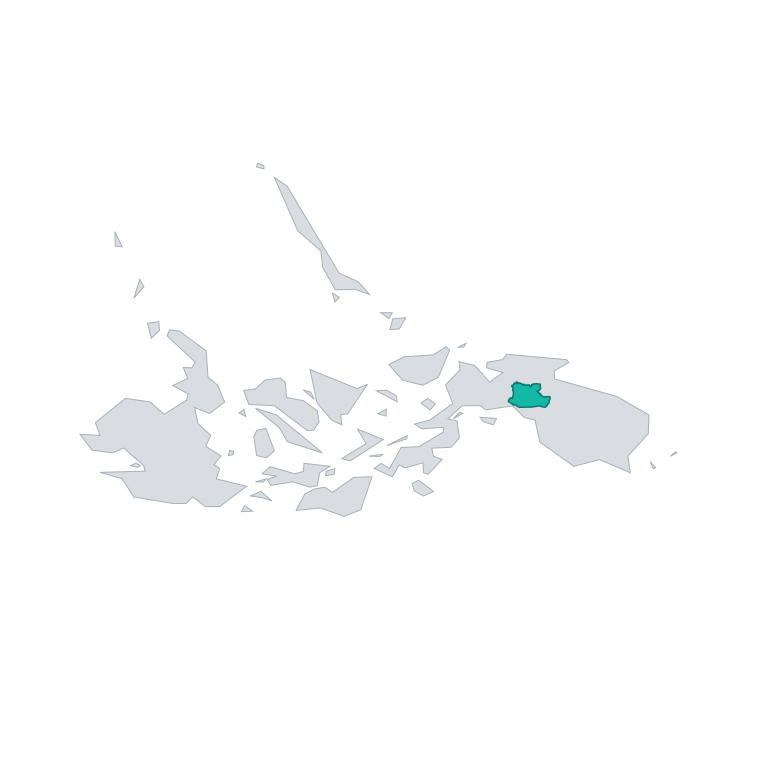 Nueva Ecija, Nueva Ecija, Philippines (highlighted), rotated 106°
{"feature_id": "2640588B46982966730152", "entity_name": "Nueva Ecija", "entity_type": "district", "adm_level": 2, "iso_a3": "PHL", "parent_name": "Philippines", "parent_adm1": "Nueva Ecija", "projection": "robinson", "projection_center": [120.823, 15.657], "detail": "fine", "context": "in_parent", "style": "filled", "palette": "teal", "viewbox_px": 768, "rotation_deg": 106, "n_neighbors": 0, "source": "geoboundaries", "source_scale": "gbopen_adm2", "svg_char_len": 7776}
<svg xmlns="http://www.w3.org/2000/svg" viewBox="0 0 768 768"><g transform="rotate(106 384 384)"><path d="M358.9,116.3L386.1,129.7L401.4,122.8L397.3,156.2L410.8,178.8L396.8,218.3L377.1,228.8L377.5,239.9L369.6,254.4L380.8,279.0L378.3,285.5L383.4,302.9L399.8,312.9L399.3,303.7L415.0,296.6L426.3,302.0L432.5,320.4L439.7,316.8L440.5,307.3L458.7,316.8L458.4,321.6L449.0,324.8L458.9,340.6L457.7,347.2L470.8,350.4L467.8,370.0L461.1,364.9L463.7,355.4L440.2,350.0L434.8,333.3L413.9,313.8L409.2,314.7L416.6,335.3L414.1,343.7L405.9,330.0L383.8,312.5L367.9,324.6L349.4,314.8L341.9,318.1L341.2,302.0L353.1,282.9L340.0,272.9L340.2,289.7L334.7,290.9L327.8,276.6L321.6,274.2L310.3,215.3L312.4,212.3L324.5,224.0L332.1,221.4L331.8,157.3L340.6,120.8L358.9,116.3ZM520.3,488.0L547.0,508.1L551.1,521.7L545.1,536.7L553.4,541.4L556.9,553.2L561.6,593.2L547.2,609.8L547.2,632.6L533.6,589.6L528.6,592.6L517.3,616.6L525.0,626.0L528.0,646.5L516.1,662.4L511.8,642.7L500.6,650.8L469.1,628.6L465.7,603.9L473.8,587.0L453.8,569.3L447.4,569.7L443.7,586.5L432.8,574.2L423.4,581.4L421.5,573.3L415.0,571.6L397.5,605.7L391.0,605.0L389.5,595.2L401.2,564.0L425.9,555.1L431.0,543.5L445.2,532.2L460.5,543.5L458.7,559.6L473.4,552.0L481.0,536.5L493.1,538.0L498.1,520.9L508.2,525.2L510.7,518.6L521.4,519.1L520.3,488.0ZM440.9,508.3L428.9,517.2L424.2,506.3L413.0,499.4L406.9,485.2L409.6,479.4L423.7,474.1L422.3,456.6L428.4,440.6L438.5,436.0L447.8,439.0L449.9,445.0L435.1,483.4L440.9,508.3ZM511.3,371.7L522.2,385.8L520.7,410.9L529.8,433.7L511.3,429.7L503.9,421.5L499.5,412.4L502.4,403.7L482.1,387.4L476.5,369.9L511.3,371.7ZM389.0,399.9L423.0,410.8L425.1,417.3L434.8,413.3L433.4,423.8L420.5,443.2L390.5,459.1L395.9,408.8L389.0,399.9ZM260.6,509.0L215.7,546.3L220.5,531.7L289.8,457.7L292.8,436.9L302.0,422.6L301.0,437.8L306.9,456.8L288.6,475.2L273.5,481.3L260.6,509.0ZM333.3,330.2L362.7,333.7L374.5,346.4L375.2,367.1L364.0,384.7L352.4,372.4L342.5,344.8L331.0,334.6L333.3,330.2ZM487.0,421.4L500.1,420.1L503.6,426.9L503.2,444.8L512.7,464.8L508.1,469.8L502.3,462.3L503.8,476.4L494.8,470.7L494.9,445.0L490.3,437.4L482.3,439.0L478.0,413.3L487.0,421.4ZM442.8,500.8L443.3,479.1L467.2,424.3L466.1,461.0L454.9,472.4L442.8,500.8ZM487.9,486.7L470.5,494.6L463.6,493.5L459.2,485.4L478.3,471.0L487.3,476.6L487.9,486.7ZM437.6,369.4L467.2,395.2L467.4,404.2L446.3,384.7L434.7,397.0L437.6,369.4ZM478.5,325.4L472.0,329.6L466.9,324.1L473.7,306.7L480.8,315.3L478.5,325.4ZM404.2,620.3L390.8,628.1L386.1,617.7L394.4,614.5L404.2,620.3ZM314.3,381.3L326.9,384.6L330.1,393.3L318.9,393.5L314.3,381.3ZM388.9,329.2L396.2,332.4L392.2,343.3L385.8,338.1L388.9,329.2ZM356.7,641.5L370.5,648.1L350.7,647.6L356.7,641.5ZM528.3,481.3L521.1,472.8L527.4,459.3L526.7,467.5L528.3,481.3ZM397.4,366.5L392.6,389.4L389.3,379.9L392.1,368.7L397.4,366.5ZM324.4,673.6L325.4,680.5L311.7,684.6L324.4,673.6ZM393.2,267.8L392.8,278.1L389.5,282.4L386.1,266.4L393.2,267.8ZM418.0,446.7L412.0,459.9L412.0,452.3L418.0,446.7ZM319.8,397.3L316.4,406.8L313.3,395.8L319.8,397.3ZM488.2,415.1L483.6,415.4L479.0,407.9L484.6,407.0L488.2,415.1ZM414.3,373.2L414.3,381.9L407.6,374.7L414.3,373.2ZM546.1,486.1L539.5,484.5L542.5,475.3L546.1,486.1ZM430.4,347.1L442.4,364.4L427.2,347.4L430.4,347.1ZM318.7,453.8L310.8,458.6L313.0,450.9L318.7,453.8ZM453.3,508.0L451.8,515.4L447.3,511.6L453.3,508.0ZM454.9,368.2L457.5,378.5L451.7,365.5L454.9,368.2ZM210.5,566.6L206.4,566.1L207.3,559.5L210.4,558.8L210.5,566.6ZM495.8,513.7L490.6,514.2L490.1,510.2L493.2,509.5L495.8,513.7ZM532.2,605.2L528.4,600.5L529.6,595.8L532.1,598.1L532.2,605.2ZM326.3,317.4L328.6,323.2L322.3,316.5L326.3,317.4ZM511.4,472.9L513.5,480.6L507.7,471.2L511.4,472.9ZM391.2,102.0L385.3,106.7L389.6,99.7L391.2,102.0ZM398.4,307.9L390.4,303.4L390.5,300.3L398.4,307.9ZM369.5,83.4L374.6,88.8L368.9,85.2L369.5,83.4Z" fill="#d9dde1" stroke="#a8b0b8" stroke-width="1"/><path d="M369.1,247.6L365.5,235.8L364.2,233.0L363.4,231.3L362.4,229.3L362.3,228.4L362.1,228.2L362.3,226.1L362.0,223.0L361.9,222.7L361.6,222.2L361.0,222.0L360.4,221.6L360.2,221.6L359.7,221.2L359.6,221.3L359.4,221.3L358.5,221.2L357.6,220.5L357.0,220.2L355.2,220.3L354.8,220.7L353.7,220.5L353.1,220.4L352.5,220.4L350.5,221.0L350.7,222.1L350.9,222.8L351.4,224.2L351.8,224.8L351.8,225.6L351.8,225.8L352.3,226.7L352.3,227.4L352.1,228.2L351.6,229.7L351.4,230.0L351.1,230.1L350.8,230.2L350.8,230.3L350.6,230.4L350.5,230.6L350.5,230.8L350.4,230.8L350.4,231.3L350.6,231.5L350.4,231.8L350.5,231.9L350.4,232.0L350.0,232.9L349.7,232.7L349.4,233.1L349.5,233.6L349.3,233.6L349.2,233.8L349.0,234.2L348.8,234.4L348.6,234.7L348.4,234.3L348.0,233.6L347.9,233.6L347.7,233.5L347.6,233.3L347.0,233.0L346.0,232.6L346.0,232.3L345.4,232.2L345.1,232.4L344.7,232.5L344.3,232.9L344.2,232.9L344.1,233.0L344.0,232.9L343.9,233.1L343.7,233.1L343.4,233.1L343.1,233.3L343.0,233.2L342.8,233.2L342.6,233.4L342.3,233.3L342.0,233.5L341.9,233.5L341.1,233.7L341.4,235.2L341.4,235.3L341.6,236.8L341.6,237.1L341.7,237.4L341.8,237.4L342.0,237.9L342.0,238.3L342.4,239.3L342.5,239.4L342.6,239.6L342.7,239.8L342.7,240.2L342.8,240.4L343.1,240.5L343.1,240.8L343.3,240.9L343.2,241.0L343.3,241.1L343.6,241.3L344.1,242.0L344.8,242.0L345.0,241.9L345.2,242.1L345.8,242.0L346.2,242.3L346.3,242.5L346.1,242.8L345.9,243.2L345.6,243.3L345.5,243.5L345.4,243.5L345.3,243.8L345.4,244.1L345.3,244.5L345.0,244.5L345.2,244.8L345.2,245.1L345.3,245.1L345.3,245.3L345.5,245.5L345.5,245.8L345.4,245.9L345.5,246.0L345.5,245.9L345.5,246.0L345.5,246.3L345.7,246.5L345.9,246.6L345.9,246.8L345.9,247.0L346.0,247.2L346.1,247.3L346.1,247.5L346.1,247.8L346.1,248.0L345.9,248.4L346.0,248.4L345.9,248.5L345.9,248.4L345.9,248.5L346.0,248.8L345.8,248.9L345.9,249.0L346.0,249.2L346.0,249.3L346.4,249.5L346.5,249.7L346.5,249.8L346.4,250.0L346.5,250.0L346.5,250.3L346.5,250.5L346.4,250.8L346.2,251.0L346.1,251.3L346.1,251.6L345.8,251.9L345.8,252.0L345.9,252.5L345.8,252.9L345.8,253.0L345.7,253.1L345.6,253.3L345.7,253.6L345.6,253.8L345.7,254.0L345.8,254.1L345.9,254.3L346.2,254.3L346.3,254.4L346.3,254.6L345.8,255.3L345.9,255.6L346.0,255.9L346.1,256.5L345.8,256.4L345.7,256.2L345.5,256.3L345.7,256.7L345.6,256.8L345.6,257.2L345.8,257.2L345.9,256.9L346.3,256.8L346.9,256.7L346.9,256.9L346.9,257.0L346.8,257.4L346.9,257.6L347.0,257.9L347.1,258.0L347.1,258.6L347.2,258.8L347.3,258.8L347.6,259.1L347.9,259.0L348.2,259.1L348.3,259.1L348.5,259.2L348.6,259.3L348.8,259.3L349.1,259.5L349.3,259.5L349.8,260.3L350.3,260.4L350.3,260.6L350.5,260.6L350.5,260.4L350.8,260.3L350.7,260.4L350.8,260.5L350.9,260.4L351.0,260.4L351.1,260.2L351.3,260.1L351.4,260.3L351.3,260.1L351.4,259.9L351.5,259.9L351.6,259.6L351.7,259.4L351.7,259.2L351.8,259.1L352.0,259.1L352.4,259.0L352.6,258.9L353.0,258.8L353.2,258.6L353.4,258.6L353.5,258.4L353.8,258.5L354.2,258.5L354.4,258.3L354.5,258.4L354.7,258.5L354.8,258.4L355.2,258.1L355.3,257.9L355.4,257.7L355.5,257.6L355.8,257.5L356.0,257.4L356.3,257.4L356.6,257.4L356.8,257.3L356.8,257.2L357.0,257.0L357.1,256.9L357.2,257.0L358.0,256.7L359.5,256.8L360.1,256.6L360.6,256.5L360.8,256.6L361.8,256.6L361.7,256.7L361.7,256.8L362.0,256.8L362.0,257.1L362.2,257.3L362.3,257.8L362.5,258.0L362.4,258.1L362.7,258.5L362.8,258.7L363.0,258.6L363.1,258.8L363.9,259.3L364.0,259.1L364.0,259.3L363.9,259.4L364.0,259.5L364.1,259.4L364.2,259.2L364.3,259.2L364.3,259.3L364.5,259.4L364.5,259.5L365.1,259.6L365.6,259.7L366.7,259.6L367.1,257.9L367.5,256.0L367.5,255.5L367.6,255.3L367.6,255.2L367.7,255.3L367.7,255.2L367.8,255.1L367.7,255.0L367.7,254.9L367.7,254.7L367.9,254.6L367.7,254.5L367.8,254.5L368.0,254.5L368.0,254.4L368.0,254.2L368.2,253.9L368.3,253.8L368.3,253.7L368.2,253.6L368.3,253.5L368.1,253.4L368.1,253.2L368.1,252.9L368.1,253.0L368.0,252.9L367.9,252.8L368.0,252.7L367.9,252.5L368.0,252.5L367.8,252.4L367.9,252.2L367.8,251.9L367.7,251.9L367.7,251.5L368.0,251.5L368.2,251.3L368.4,250.9L369.1,247.6Z" fill="#14b8a6" stroke="#0f766e" stroke-width="1.5"/></g></svg>